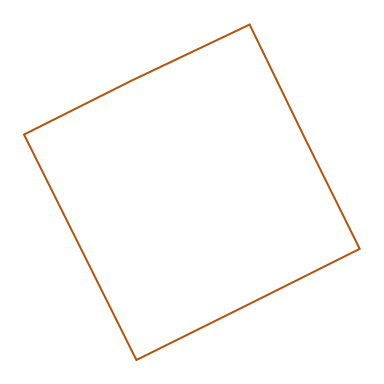 Barry, Michigan, United States of America (orthographic projection), rotated 154°
{"feature_id": "52423323B99535382147082", "entity_name": "Barry", "entity_type": "district", "adm_level": 2, "iso_a3": "USA", "parent_name": "United States of America", "parent_adm1": "Michigan", "projection": "orthographic", "projection_center": [-85.333, 42.595], "detail": "fine", "context": "isolated", "style": "outline", "palette": "amber", "viewbox_px": 384, "rotation_deg": 154, "n_neighbors": 0, "source": "geoboundaries", "source_scale": "gbopen_adm2", "svg_char_len": 266}
<svg xmlns="http://www.w3.org/2000/svg" viewBox="0 0 384 384"><g transform="rotate(154 192 192)"><path d="M315.6,65.4L191.1,66.2L66.2,67.4L67.0,192.3L66.8,317.3L72.5,317.3L196.9,318.6L317.8,317.3L315.6,65.4Z" fill="none" stroke="#b45309" stroke-width="2"/></g></svg>